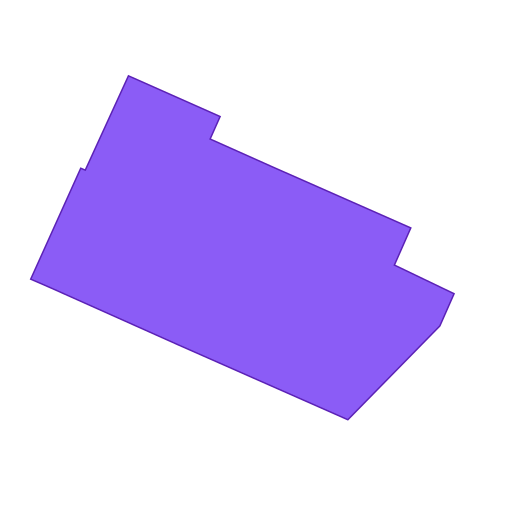 outline of Pershing, Nevada, United States of America, rotated 24°
{"feature_id": "52423323B94206551608777", "entity_name": "Pershing", "entity_type": "district", "adm_level": 2, "iso_a3": "USA", "parent_name": "United States of America", "parent_adm1": "Nevada", "projection": "robinson", "projection_center": [-118.513, 40.48], "detail": "fine", "context": "isolated", "style": "filled", "palette": "violet", "viewbox_px": 512, "rotation_deg": 24, "n_neighbors": 0, "source": "geoboundaries", "source_scale": "gbopen_adm2", "svg_char_len": 344}
<svg xmlns="http://www.w3.org/2000/svg" viewBox="0 0 512 512"><g transform="rotate(24 256 256)"><path d="M81.6,368.6L221.4,368.8L406.5,368.2L452.4,245.1L452.3,209.9L386.1,208.0L386.0,167.4L233.5,167.9L166.5,167.8L166.5,143.2L66.2,143.3L65.1,247.0L60.2,247.1L59.6,368.8L81.6,368.6Z" fill="#8b5cf6" stroke="#5b21b6" stroke-width="1.5"/></g></svg>